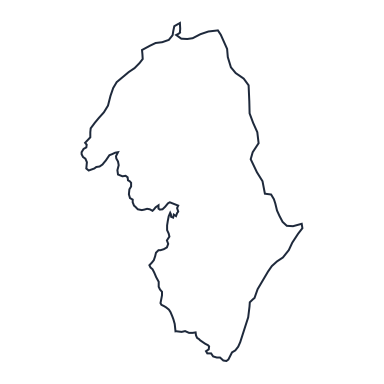 the district of Tuaran, Sabah, Malaysia
{"feature_id": "92858781B39347348981518", "entity_name": "Tuaran", "entity_type": "district", "adm_level": 2, "iso_a3": "MYS", "parent_name": "Malaysia", "parent_adm1": "Sabah", "projection": "robinson", "projection_center": [116.289, 6.066], "detail": "fine", "context": "isolated", "style": "outline", "palette": "slate", "viewbox_px": 384, "rotation_deg": 0, "n_neighbors": 0, "source": "geoboundaries", "source_scale": "gbopen_adm2", "svg_char_len": 2580}
<svg xmlns="http://www.w3.org/2000/svg" viewBox="0 0 384 384"><path d="M254.5,298.0L257.6,289.2L268.0,271.6L271.8,266.1L277.0,261.4L282.9,257.5L288.8,250.1L292.3,242.6L298.2,233.6L302.4,228.2L301.7,223.8L293.0,226.2L286.8,225.8L282.6,221.9L279.5,216.0L277.0,210.5L275.3,203.5L273.9,199.2L271.1,194.5L264.9,193.7L262.5,181.2L256.9,172.2L250.7,159.2L252.7,152.2L258.6,143.2L257.3,132.2L253.1,122.8L249.6,113.4L249.3,101.3L248.6,85.3L243.7,78.6L235.7,73.1L230.9,67.3L227.8,57.1L227.1,48.9L220.8,34.8L217.9,30.4L208.4,31.5L200.4,34.2L192.7,38.2L187.3,39.0L181.3,38.7L176.2,35.0L178.7,33.7L179.4,33.1L180.0,32.6L179.9,32.4L180.2,28.9L179.9,23.0L174.3,26.2L173.3,30.9L172.6,35.2L168.8,39.9L162.2,42.2L155.6,43.0L150.0,45.7L142.0,50.0L142.4,54.0L142.7,59.0L139.6,63.0L134.7,68.0L128.8,72.0L116.7,82.1L113.2,88.0L110.5,95.8L108.0,105.6L103.9,112.3L98.7,118.1L94.8,122.8L90.7,128.3L90.3,132.2L90.3,137.3L85.1,142.8L86.7,144.7L86.3,147.4L83.6,148.9L81.6,152.2L81.6,154.2L83.0,157.0L85.4,158.7L86.9,162.2L86.3,168.5L88.7,170.5L94.3,168.5L96.3,167.0L99.6,166.5L102.5,164.5L104.1,162.5L105.8,160.5L109.4,155.2L112.0,154.2L115.2,152.7L118.0,152.2L116.0,156.2L116.3,158.5L118.0,161.5L118.7,165.2L117.4,170.2L118.0,174.5L122.5,176.3L125.6,175.8L127.6,177.3L128.0,180.3L129.8,181.3L131.1,182.8L131.1,186.5L129.4,189.3L128.9,194.3L130.0,198.1L132.7,199.6L132.7,202.3L134.0,205.6L135.4,206.8L137.8,209.3L141.8,210.1L144.3,209.6L147.1,208.8L149.8,209.3L152.5,210.8L154.2,209.1L155.6,207.3L158.5,205.3L158.5,208.6L159.8,209.6L162.5,209.3L165.1,206.8L166.5,205.1L168.0,203.3L169.8,202.3L173.6,203.8L178.2,205.6L177.1,208.1L178.2,211.6L177.1,213.1L176.0,216.1L173.8,214.6L173.1,217.6L171.1,216.8L170.9,214.3L170.2,212.8L168.7,216.3L167.8,220.9L167.1,225.4L167.1,230.1L168.7,233.6L169.4,236.6L166.9,240.4L168.2,243.9L166.9,247.4L163.8,249.2L160.5,250.2L158.5,250.2L156.0,252.7L155.1,256.4L153.8,260.2L151.8,262.7L149.4,265.2L150.5,267.5L152.5,269.2L154.2,272.5L156.2,277.2L158.7,281.8L158.7,286.8L160.0,289.5L162.0,291.8L162.0,295.3L161.1,300.0L160.5,303.1L161.4,304.8L164.0,306.1L166.0,307.3L168.9,309.6L170.5,312.1L172.2,316.1L173.4,319.3L174.7,323.9L175.5,331.3L175.9,331.2L181.6,331.9L185.1,331.1L189.1,332.9L192.5,332.9L195.6,332.4L196.0,335.4L197.1,337.9L199.1,339.2L200.0,340.2L205.1,343.7L208.0,345.2L209.1,346.4L208.7,349.4L206.0,351.2L207.3,353.4L211.1,353.4L213.1,356.4L216.7,357.5L220.0,357.5L223.3,360.5L226.4,361.0L228.4,359.5L232.0,352.4L235.3,350.4L238.2,346.7L240.2,342.2L248.2,317.3L249.5,306.6L249.8,302.3L252.9,299.3L254.5,298.0Z" fill="none" stroke="#1e293b" stroke-width="2"/></svg>